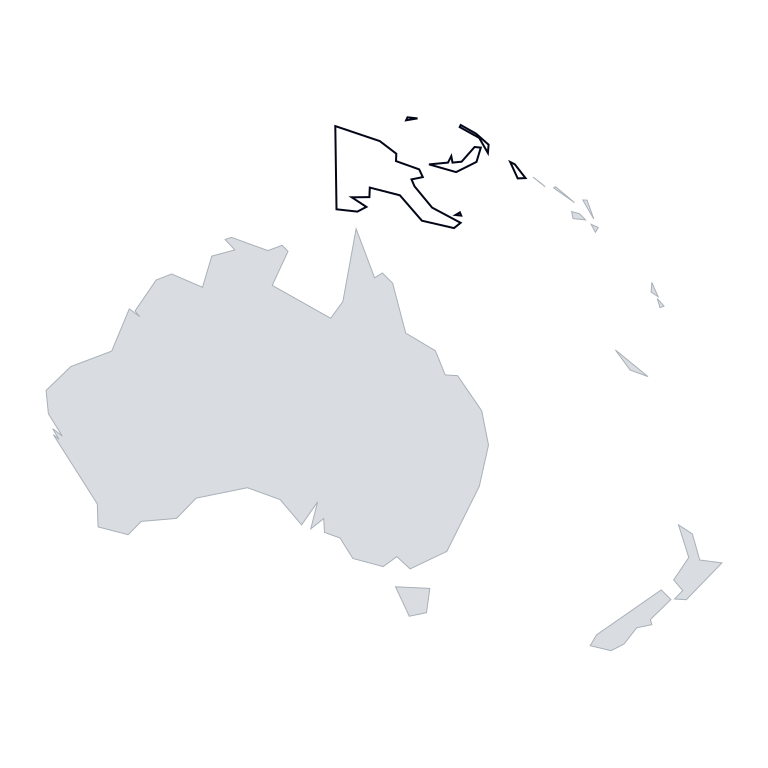 Papua New Guinea on a map of Oceania (orthographic projection)
{"feature_id": "PNG", "entity_name": "Papua New Guinea", "entity_type": "country or territory", "adm_level": 0, "iso_a3": "PNG", "parent_name": "Oceania", "parent_adm1": "", "projection": "orthographic", "projection_center": [148.76, -6.492], "detail": "coarse", "context": "in_parent", "style": "outline", "palette": "ink", "viewbox_px": 768, "rotation_deg": 0, "n_neighbors": 5, "source": "natural_earth", "source_scale": "50m", "svg_char_len": 2396}
<svg xmlns="http://www.w3.org/2000/svg" viewBox="0 0 768 768"><path d="M657.3,298.6L664.0,306.1L660.0,307.6L657.3,298.6ZM658.1,296.7L651.2,292.1L651.8,282.4L658.1,296.7Z" fill="#d9dde1" stroke="#a8b0b8" stroke-width="1"/><path d="M615.4,350.0L648.0,376.6L630.1,370.0L615.4,350.0Z" fill="#d9dde1" stroke="#a8b0b8" stroke-width="1"/><path d="M598.3,227.6L595.4,232.3L591.1,224.3L598.3,227.6ZM587.0,200.1L593.8,219.0L582.8,200.0L587.0,200.1ZM585.5,219.9L573.1,218.6L571.6,211.6L579.7,213.8L585.5,219.9ZM555.5,186.7L574.5,202.6L553.6,187.9L555.5,186.7ZM540.3,182.6L545.2,186.8L532.9,177.1L540.3,182.6Z" fill="#d9dde1" stroke="#a8b0b8" stroke-width="1"/><path d="M721.9,562.9L686.3,599.7L674.6,599.0L682.7,590.6L673.7,579.9L688.8,557.5L678.5,524.9L692.4,534.0L699.7,560.0L721.9,562.9ZM596.5,634.9L661.2,589.9L670.9,599.5L650.4,619.5L651.8,624.6L636.7,627.8L624.0,644.0L611.0,650.7L590.2,645.7L596.5,634.9Z" fill="#d9dde1" stroke="#a8b0b8" stroke-width="1"/><path d="M395.5,586.8L429.8,588.4L426.5,612.7L409.3,616.2L395.5,586.8ZM196.2,498.1L176.5,518.4L141.2,521.4L128.1,534.7L98.1,526.9L97.3,503.9L53.3,434.6L58.9,439.4L52.7,428.6L62.3,436.1L48.4,413.8L46.1,390.4L70.9,366.5L111.7,351.1L129.3,308.9L139.7,316.7L135.0,311.0L156.2,280.0L171.6,274.0L202.5,287.3L211.8,256.1L234.8,249.9L225.2,239.5L231.5,237.4L267.8,250.6L282.1,245.3L288.0,251.4L272.2,285.4L330.7,318.3L342.9,301.5L356.1,228.8L374.6,277.8L382.4,273.0L392.6,283.2L405.7,333.1L435.4,350.8L445.2,374.9L457.6,375.7L481.7,410.8L488.5,445.0L479.3,486.3L446.9,551.3L410.1,568.9L396.8,556.6L383.2,566.6L352.9,558.5L340.0,538.0L324.5,532.4L323.7,518.6L310.8,528.8L317.6,501.9L301.6,524.9L280.1,499.6L247.3,487.7L196.2,498.1Z" fill="#d9dde1" stroke="#a8b0b8" stroke-width="1"/><path d="M336.5,209.3L335.3,126.1L379.8,141.1L396.3,153.7L396.0,161.1L419.2,169.4L422.8,177.1L411.5,179.4L414.5,186.3L432.1,207.6L460.6,222.8L454.0,228.1L421.9,220.7L399.9,195.3L369.8,187.6L369.4,197.1L351.7,197.3L366.4,206.9L357.4,211.6L336.5,209.3ZM474.6,147.0L480.8,147.6L476.5,161.9L456.1,172.1L429.0,164.4L448.0,162.6L451.3,156.1L452.5,162.6L461.6,161.7L474.6,147.0ZM525.5,178.1L517.7,178.4L510.2,162.0L514.8,164.3L525.5,178.1ZM487.9,153.0L479.2,137.9L459.7,127.1L460.7,125.0L476.1,133.7L488.6,144.7L487.9,153.0ZM407.5,117.3L417.5,118.4L406.1,120.3L407.5,117.3ZM455.5,215.0L459.9,212.4L461.2,215.6L455.5,215.0Z" fill="none" stroke="#020617" stroke-width="2"/></svg>